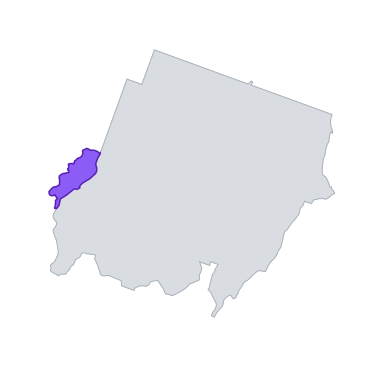 Western Darfur on a map of Sudan (Robinson projection), rotated 20°
{"feature_id": "SDN-5858", "entity_name": "Western Darfur", "entity_type": "State", "adm_level": 1, "iso_a3": "SDN", "parent_name": "Sudan", "parent_adm1": "", "projection": "robinson", "projection_center": [22.739, 13.89], "detail": "fine", "context": "in_parent", "style": "filled", "palette": "violet", "viewbox_px": 384, "rotation_deg": 20, "n_neighbors": 0, "source": "natural_earth", "source_scale": "10m", "svg_char_len": 5522}
<svg xmlns="http://www.w3.org/2000/svg" viewBox="0 0 384 384"><g transform="rotate(20 192 192)"><path d="M255.9,301.8L252.9,301.8L252.5,301.0L252.6,298.8L252.9,297.1L254.0,294.5L253.7,293.0L253.9,290.9L253.0,288.6L245.7,281.8L244.3,279.9L240.4,278.2L241.0,276.3L239.3,262.4L240.1,260.8L240.3,258.4L240.2,256.2L241.1,252.7L241.2,251.2L233.5,251.0L233.4,252.6L233.8,254.3L233.8,255.0L223.1,255.0L227.4,260.5L227.6,262.9L227.4,265.8L227.5,267.8L227.7,269.0L228.9,271.4L228.8,271.9L228.6,272.5L221.0,279.7L219.8,283.1L218.8,284.9L216.6,287.9L209.7,295.6L208.6,296.1L203.3,296.4L202.8,296.6L202.4,297.0L202.1,296.9L197.6,292.3L189.9,286.8L184.9,289.7L183.5,290.7L183.5,293.4L182.7,294.7L181.4,296.2L177.7,297.1L175.7,297.9L173.4,299.4L171.2,301.9L171.0,303.2L171.3,304.3L158.4,304.3L157.5,303.4L155.6,299.3L154.3,299.5L142.6,299.0L140.9,299.5L137.6,301.1L135.9,301.4L134.1,300.6L128.0,292.6L126.6,291.6L125.2,289.7L123.9,288.8L123.4,288.2L123.3,287.3L123.3,285.6L122.9,284.5L121.9,284.2L113.6,286.1L112.5,285.9L110.7,286.2L110.1,286.5L109.4,287.6L109.3,289.8L109.1,290.9L108.5,292.1L106.1,294.9L105.6,296.1L105.7,299.1L105.5,300.6L105.2,301.3L104.1,302.5L103.8,303.2L103.4,307.0L102.1,309.4L101.8,310.2L101.7,311.9L101.5,312.4L97.7,313.7L96.3,314.6L95.5,315.9L95.3,316.5L93.7,316.0L91.6,315.7L87.7,315.2L86.1,314.6L85.4,313.7L85.6,311.4L85.3,310.9L84.6,310.4L84.2,309.4L84.3,308.2L86.3,305.5L86.8,304.1L87.3,297.3L87.2,295.2L85.5,291.4L81.7,284.8L80.8,283.5L76.1,278.1L75.6,277.3L74.4,275.0L75.7,270.0L75.8,268.6L75.4,267.2L74.3,266.1L73.2,266.0L71.8,264.7L70.9,264.1L70.1,262.9L69.5,261.2L69.9,255.3L69.7,254.5L68.5,254.3L68.2,253.9L68.2,252.8L67.6,249.4L66.9,246.6L67.3,245.1L66.2,243.0L64.3,242.1L60.6,242.8L59.4,242.7L58.6,242.3L58.0,241.5L57.8,240.6L58.0,239.2L59.1,236.7L60.4,234.7L63.1,232.8L63.8,231.8L64.3,230.7L64.3,229.4L64.1,228.1L63.8,226.9L63.0,225.2L62.3,223.3L62.3,222.1L62.6,221.1L63.4,220.0L66.0,217.8L68.8,216.0L69.3,215.4L69.1,214.6L67.8,213.1L67.4,210.3L66.7,208.2L68.1,206.7L69.2,206.2L70.8,205.7L71.4,205.1L71.6,203.9L71.5,202.7L72.1,201.9L72.9,200.0L73.5,199.2L75.6,197.0L76.1,195.6L76.2,194.3L75.6,190.2L76.8,188.5L78.4,187.1L80.6,187.2L84.0,186.9L86.4,186.3L88.1,186.3L91.9,187.0L92.3,186.7L92.5,185.6L92.3,108.1L108.0,108.1L108.1,71.3L207.1,71.4L207.9,71.2L209.4,67.8L210.1,67.5L211.1,67.7L211.5,68.5L210.7,71.3L297.1,71.3L297.4,75.5L298.2,78.9L300.7,83.7L302.9,86.2L303.7,87.6L303.8,88.3L303.7,88.9L303.0,88.2L301.9,87.7L301.8,90.0L302.5,94.6L303.4,97.8L302.8,100.8L303.0,105.8L304.3,111.9L304.1,115.7L306.1,124.7L308.0,129.7L309.0,131.0L310.1,131.6L312.2,132.0L315.3,134.6L317.8,137.3L318.7,138.7L319.9,140.2L320.7,140.0L321.2,139.5L322.0,140.8L325.9,143.5L326.5,144.7L325.1,145.9L323.6,148.1L322.8,150.0L322.4,150.6L321.2,151.9L321.0,152.4L320.4,152.8L319.8,152.9L318.5,153.5L317.3,153.3L316.1,153.7L315.7,154.1L314.8,154.6L313.5,154.8L311.5,156.4L309.8,157.2L309.2,157.9L308.3,161.2L307.7,162.1L305.1,162.2L303.8,162.4L302.1,162.1L301.2,162.1L301.0,162.8L300.8,165.7L300.8,166.9L299.4,170.1L300.0,176.1L298.7,180.7L298.5,181.7L297.1,185.3L296.4,186.6L294.7,193.3L294.0,195.4L292.6,197.6L294.4,213.6L293.1,218.6L293.2,221.3L292.4,225.2L291.7,227.1L290.5,229.3L289.6,231.8L288.8,235.0L288.3,241.2L288.0,241.8L283.4,242.6L281.9,243.0L281.0,243.7L279.8,245.3L277.5,249.6L276.3,252.3L274.4,255.9L272.2,258.5L271.7,259.8L271.4,262.1L270.6,265.8L269.8,268.4L270.0,270.6L269.3,274.2L269.4,276.0L268.7,277.0L267.6,278.0L266.9,278.2L263.6,275.7L261.4,277.4L260.0,279.8L258.9,282.2L259.6,287.3L259.6,288.4L259.3,289.6L257.2,294.6L256.5,296.9L255.9,300.9L255.9,301.8Z" fill="#d9dde1" stroke="#a8b0b8" stroke-width="1"/><path d="M92.3,187.3L92.5,186.7L92.7,187.1L91.7,193.3L91.8,194.2L91.8,196.9L91.9,198.0L92.1,199.0L92.5,199.6L93.3,200.6L93.9,201.5L94.4,202.5L94.9,203.7L95.2,205.3L95.2,206.1L95.2,206.8L95.0,207.4L94.8,208.1L91.4,214.5L86.3,220.8L85.1,223.1L84.6,224.9L84.6,225.8L84.8,226.4L85.1,226.5L83.3,228.8L81.3,229.0L80.1,229.6L75.1,237.9L70.7,243.5L71.6,250.1L70.4,253.8L70.4,253.7L70.2,254.0L70.0,253.8L69.4,254.0L68.3,254.3L68.2,254.5L68.4,252.6L68.4,252.3L68.4,252.1L68.3,251.9L67.1,247.8L66.6,246.9L66.6,246.6L67.0,246.0L67.8,243.9L67.5,243.7L65.9,243.0L63.9,241.5L63.4,242.2L62.9,242.8L62.3,243.2L61.5,243.4L60.9,243.5L60.2,243.5L59.5,243.4L59.0,243.1L58.6,242.7L58.0,241.4L57.6,240.8L57.5,240.6L57.5,240.4L57.8,239.9L58.2,238.5L59.5,235.7L60.0,235.0L60.5,234.4L60.8,234.2L62.6,233.4L62.8,233.2L64.3,231.4L64.9,230.6L65.0,229.8L64.8,229.4L64.3,228.6L64.1,228.2L64.0,227.9L64.0,226.8L63.7,226.1L62.7,225.0L62.4,224.3L62.4,223.9L62.5,223.6L62.4,223.3L62.1,223.0L61.8,222.6L61.8,222.4L62.2,221.7L63.5,219.8L63.7,219.6L64.0,219.2L64.5,218.8L67.1,217.5L67.4,217.2L68.0,216.6L68.3,216.4L68.8,216.3L69.1,216.1L69.4,215.8L69.4,215.3L69.3,214.7L69.1,214.3L68.9,214.1L68.0,213.9L67.7,213.8L67.5,213.5L67.3,213.1L67.3,212.9L67.3,212.7L67.5,212.4L67.7,212.2L67.8,212.1L67.8,211.9L67.7,211.8L67.7,211.7L67.4,209.7L66.8,209.1L66.4,208.4L66.7,207.7L67.4,207.2L68.1,206.8L71.3,205.8L71.5,205.7L71.6,205.4L71.3,204.7L71.2,204.4L71.1,203.4L71.1,202.9L71.2,202.6L71.8,202.2L72.1,201.8L72.2,201.5L72.2,201.2L72.3,200.7L72.5,200.4L73.9,198.7L74.2,198.4L74.6,198.1L75.2,197.9L75.3,197.7L76.0,196.3L76.1,195.9L76.3,193.7L76.3,193.1L76.1,192.5L75.8,192.0L75.4,191.6L75.2,191.1L75.1,190.6L75.2,190.0L75.5,189.6L76.7,188.7L77.8,187.4L78.2,187.0L78.6,187.0L79.4,186.9L81.8,187.5L83.0,187.3L85.1,186.5L86.2,186.2L88.0,186.2L90.0,186.5L91.9,187.3L92.3,187.3Z" fill="#8b5cf6" stroke="#5b21b6" stroke-width="1.5"/></g></svg>